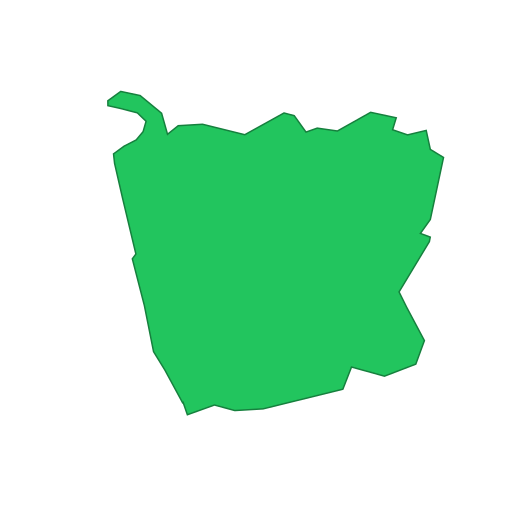 Craigavon, Mercator projection, rotated 286°
{"feature_id": "GBR-2088", "entity_name": "Craigavon", "entity_type": "District", "adm_level": 1, "iso_a3": "GBR", "parent_name": "United Kingdom", "parent_adm1": "", "projection": "mercator", "projection_center": [-6.356, 54.494], "detail": "fine", "context": "isolated", "style": "filled", "palette": "green", "viewbox_px": 512, "rotation_deg": 286, "n_neighbors": 0, "source": "natural_earth", "source_scale": "10m", "svg_char_len": 797}
<svg xmlns="http://www.w3.org/2000/svg" viewBox="0 0 512 512"><g transform="rotate(286 256 256)"><path d="M221.1,441.2L196.1,439.4L175.9,412.6L175.6,378.4L151.9,376.2L111.0,304.9L101.6,278.2L101.3,257.1L84.5,233.8L95.2,226.3L94.7,225.9L121.3,199.8L135.8,183.9L177.7,162.3L219.2,137.9L224.8,140.0L275.5,111.4L306.1,94.5L314.9,90.9L325.2,98.9L334.5,108.8L344.4,113.2L355.2,113.2L360.9,102.5L360.4,83.8L359.7,72.2L364.4,70.8L376.9,80.6L378.3,100.4L367.2,125.9L348.6,137.4L359.8,145.3L367.9,168.3L369.5,211.8L401.2,243.5L401.4,254.1L388.9,269.9L395.8,279.6L398.6,299.8L425.7,326.6L427.5,352.7L415.0,352.5L414.2,368.3L423.6,385.0L406.5,394.2L402.4,409.1L339.1,413.5L323.0,407.8L322.2,418.3L317.6,418.7L260.9,403.4L248.4,414.8L221.1,441.2Z" fill="#22c55e" stroke="#15803d" stroke-width="1.5"/></g></svg>